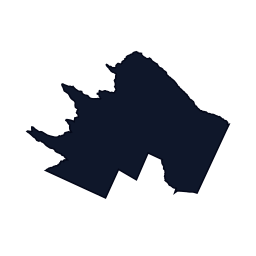 Chupinguaia, Rondônia, Brazil, rotated 115°
{"feature_id": "56859067B46529813603159", "entity_name": "Chupinguaia", "entity_type": "district", "adm_level": 2, "iso_a3": "BRA", "parent_name": "Brazil", "parent_adm1": "Rondônia", "projection": "equal_earth", "projection_center": [-60.941, -12.579], "detail": "fine", "context": "isolated", "style": "filled", "palette": "ink", "viewbox_px": 256, "rotation_deg": 115, "n_neighbors": 0, "source": "geoboundaries", "source_scale": "gbopen_adm2", "svg_char_len": 5856}
<svg xmlns="http://www.w3.org/2000/svg" viewBox="0 0 256 256"><g transform="rotate(115 128 128)"><path d="M173.8,218.1L174.2,216.7L174.2,215.7L175.1,212.5L176.0,209.9L176.1,208.9L176.2,207.8L176.9,206.8L177.0,206.2L177.6,205.7L177.7,205.0L177.6,204.0L177.6,203.3L177.1,202.8L176.6,201.8L176.5,201.2L177.0,200.0L176.8,199.2L177.3,197.2L177.9,196.0L178.4,194.5L179.0,190.4L178.8,189.0L178.4,187.9L178.3,187.0L178.5,185.8L178.9,185.1L179.2,184.3L179.6,184.2L179.8,183.3L180.0,182.6L179.7,181.8L180.0,180.9L179.8,180.0L179.9,178.2L179.7,177.4L180.5,176.5L180.3,174.4L180.5,173.6L181.0,173.2L181.5,171.9L181.6,171.2L182.1,170.5L182.4,169.6L182.7,170.2L183.3,171.0L183.6,171.9L184.1,172.2L184.4,172.6L185.6,172.2L185.8,173.4L186.2,174.3L186.6,174.8L187.2,174.6L187.9,174.7L188.5,175.0L188.9,174.7L189.4,174.6L190.3,175.6L190.9,175.9L191.5,175.6L192.1,176.0L192.4,176.8L193.0,177.7L193.6,178.2L194.4,179.2L195.0,179.5L195.6,179.8L196.2,180.2L196.3,181.0L197.4,182.1L197.7,182.6L198.7,183.1L200.0,184.1L200.7,184.2L201.3,184.7L200.9,118.8L169.5,119.1L171.4,98.5L142.1,99.3L142.1,83.5L142.9,83.4L143.5,83.6L144.1,82.9L145.2,82.5L146.0,81.8L146.4,81.0L147.2,80.1L147.5,79.5L148.1,79.0L148.9,78.9L150.0,78.4L150.2,77.4L150.8,76.5L151.8,76.0L152.4,75.5L153.2,75.3L153.9,75.2L154.4,74.6L155.3,74.6L156.5,74.4L157.0,73.7L158.1,73.2L158.7,72.4L159.8,72.3L160.3,70.7L160.5,69.2L161.0,68.4L161.4,67.5L162.1,66.9L162.3,66.1L162.2,64.9L162.3,64.2L162.9,61.9L162.8,60.7L162.5,59.9L162.3,58.8L167.0,58.3L166.2,57.9L164.1,56.6L163.5,55.1L163.2,54.4L162.7,53.2L161.4,49.6L160.8,48.1L160.6,47.3L159.9,45.2L159.0,43.3L158.4,41.7L157.8,37.9L90.0,38.0L81.8,37.9L82.3,38.7L82.8,39.3L82.5,39.7L82.0,39.7L80.9,40.1L80.6,40.8L80.2,41.5L80.0,42.4L80.4,43.5L80.2,44.7L79.7,45.6L80.1,46.7L79.7,47.3L79.4,48.4L79.1,49.3L79.1,50.2L79.6,50.7L79.6,51.6L79.5,52.4L79.7,53.2L79.6,55.6L79.7,56.5L80.0,57.4L80.3,57.9L80.5,58.8L80.4,60.0L81.1,61.5L80.9,62.3L80.9,63.0L80.6,63.5L80.5,64.2L80.9,64.8L80.8,65.5L81.9,66.3L81.3,66.8L81.8,67.4L81.6,68.1L81.2,68.5L81.6,69.3L81.7,70.1L81.1,71.3L80.6,73.5L79.4,75.4L79.8,76.5L79.1,77.0L78.5,77.9L77.6,78.8L77.0,79.2L76.5,79.9L76.2,81.4L75.9,82.0L75.8,82.9L75.7,84.5L75.0,85.5L74.6,85.8L74.1,86.8L73.9,87.6L73.4,88.0L72.9,88.7L72.4,91.1L71.9,91.7L71.6,92.5L71.3,94.2L71.1,94.9L70.6,95.6L70.1,97.9L69.6,98.7L69.2,99.2L69.0,100.0L69.2,100.8L68.1,101.7L67.7,102.6L67.2,103.1L67.0,103.8L66.0,105.7L65.2,108.3L65.0,109.9L64.4,110.9L64.4,112.5L63.9,113.4L63.7,114.5L63.3,115.3L62.9,115.9L62.0,116.3L61.4,117.0L61.1,117.8L60.8,120.3L60.0,121.6L59.8,122.5L59.7,123.2L59.9,125.1L58.6,127.7L57.8,128.3L57.7,129.0L57.7,130.3L57.5,131.6L57.1,134.3L56.6,135.3L55.9,136.3L55.7,137.2L55.6,138.2L56.3,138.4L56.7,139.1L57.3,140.4L57.2,141.4L56.9,142.4L56.9,143.5L56.6,145.0L56.0,146.3L55.4,147.1L54.7,147.3L55.2,149.0L55.8,149.7L55.9,150.6L55.3,150.9L55.4,151.9L55.4,152.9L56.1,153.3L56.4,154.0L57.0,154.6L57.6,154.8L58.0,155.2L59.0,155.0L59.4,155.7L59.9,156.4L60.7,156.8L61.3,157.4L62.0,158.0L62.8,158.8L63.5,159.2L64.5,159.5L64.9,158.9L65.5,158.8L65.9,159.3L66.7,160.1L67.3,159.5L68.4,160.0L69.6,160.9L70.5,161.3L71.6,160.7L72.1,161.3L73.0,161.4L73.4,162.0L73.5,162.9L73.5,163.6L73.7,164.3L74.1,164.6L75.2,164.9L76.3,165.3L76.8,164.8L78.2,164.8L78.9,165.1L79.3,166.3L79.7,167.1L80.1,168.2L79.7,168.9L79.5,169.7L80.1,170.5L80.0,171.7L79.6,172.7L79.4,174.2L79.9,174.4L80.6,173.6L81.4,171.7L81.8,170.4L82.4,169.8L82.7,168.8L83.4,167.8L83.9,165.7L83.6,164.8L83.8,163.0L84.1,161.4L84.8,161.2L85.7,161.2L87.3,160.6L87.7,160.2L88.4,160.0L89.2,160.2L90.0,160.4L90.7,160.4L92.4,158.7L93.1,158.2L93.9,157.8L94.9,157.4L96.1,157.6L96.6,156.9L96.9,156.1L97.5,155.9L98.3,154.9L98.9,154.8L99.5,155.2L101.5,155.3L102.0,155.5L102.3,156.4L102.6,157.9L103.0,158.5L103.4,158.8L103.7,159.4L103.4,160.9L103.6,162.3L103.9,163.4L103.8,164.1L104.2,164.9L104.6,165.4L105.1,165.7L105.8,166.6L106.1,167.4L106.2,169.6L106.8,169.7L107.3,169.2L108.1,169.0L108.8,169.2L109.6,170.4L110.1,170.3L110.2,169.5L110.1,168.3L111.5,167.3L111.9,166.4L112.5,165.8L112.9,165.2L113.8,165.7L113.8,167.1L114.0,167.8L114.8,168.8L115.2,169.8L116.0,171.3L116.6,172.9L116.8,173.6L116.9,174.4L116.9,175.4L116.7,176.2L116.2,177.1L115.8,178.0L115.8,178.9L116.4,181.0L116.4,182.2L116.3,182.9L116.0,183.9L115.5,184.6L114.5,185.4L114.9,186.9L115.3,187.4L115.5,188.3L115.5,189.3L115.3,190.0L115.1,191.7L114.7,192.9L114.0,194.7L113.6,195.4L114.3,195.7L114.5,196.8L114.6,197.9L115.6,200.0L115.5,200.9L115.6,201.6L115.6,202.4L115.8,204.2L115.6,205.1L115.9,206.2L116.5,206.3L117.5,205.6L118.1,204.6L119.4,203.2L121.2,201.6L121.4,200.9L121.4,200.1L121.7,199.0L121.9,197.3L122.2,196.2L122.9,195.4L123.1,194.8L123.8,194.1L124.2,193.8L124.6,192.8L125.1,192.3L125.5,191.1L125.8,190.0L125.8,189.3L126.2,187.9L126.7,187.2L127.5,186.3L129.0,185.9L129.4,185.5L130.1,185.4L130.9,184.8L131.5,184.3L131.7,182.7L132.0,181.7L132.6,180.9L133.2,181.0L133.8,181.4L135.1,181.1L135.8,181.2L136.3,180.6L136.5,179.5L137.4,178.6L138.5,177.8L139.2,177.7L139.9,178.9L140.3,179.2L140.8,179.7L141.4,180.5L142.8,179.9L144.4,179.9L145.0,179.6L145.0,182.1L145.3,183.8L146.0,186.5L146.5,187.5L147.4,187.5L147.6,186.1L148.1,185.4L149.1,184.0L149.9,181.9L151.5,181.4L153.2,180.5L153.9,179.9L154.4,179.5L154.8,178.9L155.1,178.1L155.6,177.4L156.0,177.8L156.4,178.4L156.4,180.1L156.8,180.5L157.7,181.6L158.4,182.4L158.9,183.1L160.0,182.9L160.6,183.3L161.3,183.0L161.8,183.4L162.3,184.0L162.5,184.6L163.1,184.8L163.7,185.5L164.1,186.2L164.1,187.0L164.6,187.2L165.3,187.3L166.3,188.5L166.6,189.0L167.0,189.9L167.3,190.6L167.8,193.1L168.2,195.2L168.6,198.1L168.5,198.9L168.2,201.8L168.0,203.4L167.9,204.0L168.0,204.9L168.2,205.6L168.7,206.2L169.0,206.8L169.0,207.5L168.6,209.5L168.4,211.4L168.0,212.6L167.5,213.9L167.4,214.7L167.7,215.6L168.8,215.2L171.3,213.7L171.8,213.9L172.4,215.1L173.1,217.6L173.8,218.1Z" fill="#0f172a" stroke="#020617" stroke-width="1.5"/></g></svg>